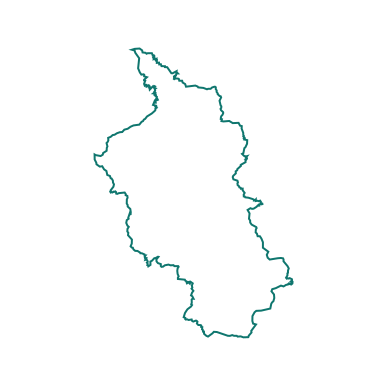 the district of San Jacinto, Bolívar, Colombia, rotated 53°
{"feature_id": "7082276B39027064553052", "entity_name": "San Jacinto", "entity_type": "district", "adm_level": 2, "iso_a3": "COL", "parent_name": "Colombia", "parent_adm1": "Bolívar", "projection": "equal_earth", "projection_center": [-75.131, 9.84], "detail": "fine", "context": "isolated", "style": "outline", "palette": "teal", "viewbox_px": 384, "rotation_deg": 53, "n_neighbors": 0, "source": "geoboundaries", "source_scale": "gbopen_adm2", "svg_char_len": 6053}
<svg xmlns="http://www.w3.org/2000/svg" viewBox="0 0 384 384"><g transform="rotate(53 192 192)"><path d="M317.1,266.2L317.2,260.7L316.8,258.7L318.8,256.4L328.4,249.9L329.7,248.3L330.5,246.0L332.1,245.0L333.8,242.8L334.9,242.6L336.6,240.0L339.0,238.4L341.8,234.4L340.9,233.1L340.0,229.0L338.6,228.3L336.3,220.6L333.9,222.4L331.3,221.4L327.5,218.4L325.7,214.4L325.6,212.2L328.4,208.1L332.2,199.6L329.0,196.0L328.4,194.6L328.2,192.7L326.2,190.1L323.2,188.2L319.1,188.3L317.9,186.4L319.2,183.0L320.3,177.3L322.5,175.7L322.8,172.7L323.4,171.5L323.3,170.0L323.8,170.3L324.3,168.4L324.8,169.0L325.6,168.4L325.5,166.9L324.3,165.8L322.9,166.7L322.7,165.2L321.8,164.7L319.6,165.8L319.4,166.8L318.3,167.6L318.3,168.4L317.1,168.5L316.0,165.9L314.4,164.8L314.3,164.0L312.6,162.7L311.2,160.7L308.6,160.3L302.4,160.6L301.2,159.6L299.8,159.2L298.2,160.7L296.5,163.4L292.7,170.6L290.0,171.1L287.2,170.1L285.6,167.0L279.2,168.9L274.8,165.6L271.0,164.6L268.2,164.4L266.8,166.2L264.3,165.2L262.6,165.5L260.3,163.5L259.7,162.1L258.7,161.8L253.9,164.0L251.4,163.9L249.7,162.7L247.7,162.6L243.7,158.9L239.8,158.4L240.1,155.1L241.6,154.2L242.4,152.8L242.7,149.3L242.4,148.0L243.1,146.9L242.3,146.8L242.2,146.2L243.8,143.7L244.0,143.0L243.5,142.8L242.1,144.0L241.3,142.9L239.9,142.8L239.5,144.2L238.3,145.1L237.6,146.5L236.4,145.6L236.6,146.6L236.1,147.5L235.7,147.0L234.0,147.9L230.5,150.4L228.3,152.7L227.3,152.6L226.7,153.3L225.2,152.3L224.4,150.5L221.1,150.5L219.8,149.5L218.8,151.0L217.9,150.6L216.8,151.4L215.6,151.0L214.0,151.4L212.4,150.5L212.0,149.5L210.3,148.9L206.8,151.3L204.6,150.5L203.9,149.4L203.5,145.8L201.8,144.7L201.8,142.8L201.0,142.0L200.6,137.3L199.8,137.0L199.7,136.4L200.4,131.3L199.3,130.5L198.8,129.2L198.4,129.5L198.4,128.0L197.8,127.7L197.0,128.3L196.5,126.4L196.1,127.4L194.5,128.7L191.7,129.1L191.9,127.6L188.5,123.8L188.4,122.4L186.6,119.0L183.8,116.7L181.5,118.7L181.0,117.8L180.3,118.2L180.0,117.3L178.6,117.6L178.3,116.8L177.4,116.8L175.6,115.5L171.2,114.2L169.3,112.6L167.9,113.7L164.8,113.2L161.5,118.0L157.7,119.5L154.6,124.4L153.1,125.8L151.9,124.3L151.0,125.1L149.6,123.8L149.0,122.8L148.7,121.1L147.7,119.5L146.9,119.1L144.2,119.6L142.8,119.2L142.4,118.0L141.2,117.0L140.0,117.0L135.7,115.1L134.0,111.8L132.8,111.5L132.0,112.2L129.3,112.6L128.8,112.1L126.8,112.1L125.8,111.2L124.1,111.1L122.7,110.0L121.7,110.3L121.3,111.0L120.6,113.1L120.8,115.0L119.3,117.0L119.0,118.2L115.7,120.3L112.2,124.1L111.2,124.0L109.0,125.3L104.3,133.4L101.7,132.5L98.9,133.6L97.2,132.9L95.5,135.2L93.8,134.5L93.2,134.8L91.5,136.6L91.2,138.3L90.8,138.4L89.8,136.3L89.4,137.2L88.9,136.9L88.8,135.8L89.3,135.4L89.3,134.7L88.0,133.3L88.9,131.9L86.8,132.2L86.2,131.6L85.5,136.1L84.7,137.0L77.4,136.7L76.0,138.4L75.3,137.9L73.1,140.6L71.2,140.0L70.4,141.4L68.8,140.5L67.7,142.4L65.1,140.3L64.6,140.6L64.8,141.7L64.2,141.6L63.9,140.7L63.0,142.5L62.6,141.7L62.1,142.3L60.9,142.0L61.2,140.8L60.8,140.2L59.8,140.2L59.0,141.1L57.0,140.5L54.5,143.8L54.2,145.1L52.9,145.3L50.8,147.5L48.9,146.6L45.9,147.5L43.2,151.6L42.2,154.4L44.5,152.7L46.7,153.5L53.4,153.7L60.8,160.6L65.1,161.7L67.8,161.8L68.9,159.8L69.6,159.6L70.8,160.6L73.2,158.9L73.5,162.7L74.0,163.1L75.0,162.4L76.8,165.2L78.5,165.7L78.4,164.5L79.0,163.9L81.0,165.6L80.5,164.5L80.7,162.3L81.9,162.2L82.7,163.3L83.4,162.4L84.2,163.0L83.9,163.6L84.8,164.1L84.1,159.5L85.1,159.6L84.8,158.3L85.4,158.0L85.5,158.9L86.2,159.4L87.4,158.7L87.4,159.8L88.8,160.4L89.3,161.8L90.0,161.6L90.0,163.4L91.1,162.1L91.8,163.5L92.2,163.3L91.9,162.4L92.2,162.2L93.2,162.7L93.3,163.3L94.8,162.8L95.9,164.4L96.2,163.5L97.8,163.8L97.2,166.0L96.5,165.8L96.4,166.3L97.0,167.3L97.5,166.6L98.8,167.2L97.8,168.6L99.0,170.7L101.5,168.7L102.0,168.8L102.0,169.8L103.4,169.5L103.3,171.0L104.5,171.9L104.8,172.9L105.1,176.8L104.6,182.5L105.4,185.4L105.2,186.9L105.9,188.5L105.6,190.0L106.5,193.5L103.6,198.7L102.9,201.8L102.8,205.3L101.5,208.5L102.1,211.6L100.8,213.7L99.9,216.6L99.7,219.3L98.8,221.1L99.0,223.7L98.3,226.4L100.4,227.7L101.2,229.1L101.5,230.8L104.7,232.1L105.4,233.4L107.7,235.4L107.4,239.5L108.5,240.8L108.3,243.3L104.6,246.7L103.4,247.2L107.5,250.2L111.0,250.8L112.4,251.6L116.2,250.4L117.4,248.2L121.0,248.6L123.7,247.7L127.4,249.4L129.8,247.9L132.1,248.7L132.8,248.1L135.2,248.3L136.9,249.4L138.9,249.7L140.5,251.6L141.7,255.9L142.2,256.1L142.5,257.1L143.5,257.2L143.6,256.5L144.5,255.8L144.4,254.6L145.0,254.3L145.3,252.9L146.3,252.7L147.7,253.5L148.5,252.8L148.9,251.1L151.9,246.1L153.9,246.2L154.6,246.9L156.2,246.0L157.8,246.9L158.7,248.5L162.0,251.1L163.6,251.2L164.9,252.1L168.4,251.5L171.2,253.0L172.8,254.4L172.4,255.4L172.0,255.2L174.2,258.4L175.2,258.7L175.2,261.0L177.1,263.1L179.9,263.8L181.8,263.5L182.6,265.7L184.6,267.4L186.2,267.4L188.0,269.1L193.8,268.6L197.0,271.2L198.4,273.7L200.2,273.5L200.9,272.8L202.6,273.3L204.8,272.8L206.3,271.0L209.2,269.9L209.9,270.1L210.8,268.9L213.3,267.5L214.1,268.1L214.7,267.3L215.0,268.4L215.8,269.0L216.6,268.6L216.9,269.2L217.5,268.4L218.2,269.9L218.6,268.9L220.7,269.1L221.4,269.8L221.3,270.5L222.9,270.7L223.5,271.7L224.4,271.3L225.1,271.6L225.2,269.0L222.5,267.1L222.8,265.3L222.2,261.9L222.8,261.0L223.2,258.1L223.6,257.8L224.4,261.0L226.1,262.1L228.3,262.0L230.8,260.3L232.4,261.5L233.4,261.4L234.2,260.0L234.2,257.8L235.8,254.5L237.7,253.2L239.3,250.8L240.6,250.7L242.9,247.6L243.7,247.7L244.3,249.4L246.1,251.2L248.8,252.8L251.3,253.4L251.9,254.8L253.0,255.6L257.7,250.5L258.9,250.7L260.8,249.9L261.1,250.8L261.9,251.0L262.0,249.2L263.9,248.9L263.0,247.6L262.1,248.2L262.5,247.3L265.4,246.4L266.6,248.4L268.6,249.3L268.9,250.5L271.8,250.4L272.4,252.5L274.0,255.0L275.4,254.5L278.2,255.0L277.5,255.8L277.7,257.0L280.5,259.0L281.2,260.2L282.3,260.0L282.9,261.8L282.9,266.1L283.4,267.7L284.4,270.4L287.0,274.0L288.5,273.1L289.4,273.9L290.2,273.7L290.6,272.6L292.2,271.7L293.6,269.0L294.9,269.5L296.2,269.0L297.1,266.2L298.2,265.7L298.9,265.7L299.9,267.2L300.7,267.2L302.0,267.0L303.6,265.1L304.3,265.0L305.2,265.9L306.1,265.1L307.7,266.6L308.4,266.3L310.2,267.2L310.7,266.5L312.5,267.7L315.5,267.1L317.1,266.2Z" fill="none" stroke="#0f766e" stroke-width="2"/></g></svg>